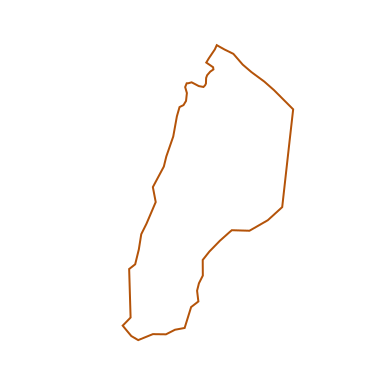 Soufriere Estate, Soufrière, Saint Lucia, rotated 58°
{"feature_id": "8701671B12581562971222", "entity_name": "Soufriere Estate", "entity_type": "district", "adm_level": 2, "iso_a3": "LCA", "parent_name": "Saint Lucia", "parent_adm1": "Soufrière", "projection": "mercator", "projection_center": [-61.055, 13.851], "detail": "fine", "context": "isolated", "style": "outline", "palette": "amber", "viewbox_px": 384, "rotation_deg": 58, "n_neighbors": 0, "source": "geoboundaries", "source_scale": "gbopen_adm2", "svg_char_len": 1005}
<svg xmlns="http://www.w3.org/2000/svg" viewBox="0 0 384 384"><g transform="rotate(58 192 192)"><path d="M253.0,125.6L252.6,123.5L202.7,84.0L175.5,62.4L149.0,68.5L136.6,72.2L122.0,78.0L110.8,81.5L96.8,83.7L88.4,88.9L80.6,93.2L83.2,97.1L87.6,107.0L89.8,111.3L94.8,109.1L97.4,108.0L99.4,108.9L99.6,112.8L101.0,117.3L102.8,119.6L107.4,122.7L108.4,124.3L109.0,126.6L105.8,130.1L102.0,132.3L98.8,134.2L97.8,137.5L97.0,138.9L99.4,142.2L105.4,143.9L111.6,148.8L113.8,153.2L113.4,157.1L113.4,157.6L119.8,164.7L135.0,178.5L148.3,195.0L155.5,202.4L167.1,222.6L181.3,228.1L194.7,247.3L200.9,257.4L212.5,267.5L223.2,278.5L224.0,286.1L265.9,310.6L268.0,319.1L268.6,321.6L275.4,320.7L282.0,319.8L289.1,316.1L289.2,315.4L291.8,300.5L298.9,289.5L299.3,285.1L299.8,279.4L303.4,270.3L289.1,253.7L288.2,244.6L278.4,240.0L273.1,234.5L268.6,227.1L258.2,220.7L255.3,218.9L251.7,208.8L248.1,194.1L246.0,181.8L245.5,178.5L248.7,173.7L255.3,163.8L256.1,142.7L253.0,125.6Z" fill="none" stroke="#b45309" stroke-width="2"/></g></svg>